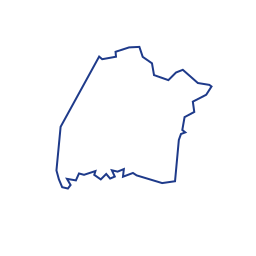 Bourbon, Kentucky, United States of America (Natural Earth projection), rotated 135°
{"feature_id": "52423323B16131494513881", "entity_name": "Bourbon", "entity_type": "district", "adm_level": 2, "iso_a3": "USA", "parent_name": "United States of America", "parent_adm1": "Kentucky", "projection": "natural_earth1", "projection_center": [-84.211, 38.219], "detail": "fine", "context": "isolated", "style": "outline", "palette": "blue", "viewbox_px": 256, "rotation_deg": 135, "n_neighbors": 0, "source": "geoboundaries", "source_scale": "gbopen_adm2", "svg_char_len": 706}
<svg xmlns="http://www.w3.org/2000/svg" viewBox="0 0 256 256"><g transform="rotate(135 128 128)"><path d="M54.8,133.3L65.6,133.3L72.2,147.0L65.3,156.8L67.3,167.9L62.6,177.3L70.2,184.2L82.9,190.7L86.1,186.9L97.6,194.9L97.9,198.9L174.8,176.5L208.6,148.6L213.1,140.7L216.4,132.7L213.3,127.7L208.9,128.3L207.1,135.2L201.9,127.8L194.8,130.5L192.2,126.0L181.5,120.6L185.0,118.7L183.6,110.9L175.9,110.9L176.4,104.9L171.7,103.0L169.3,109.5L166.2,104.5L160.0,101.9L166.0,97.1L156.3,92.7L155.4,88.4L142.8,64.9L132.4,57.1L100.5,83.6L94.8,86.3L90.6,84.4L91.0,88.2L80.3,95.7L69.8,92.5L63.5,100.8L49.2,96.2L39.6,98.3L40.0,101.0L46.8,110.4L48.1,130.4L54.8,133.3Z" fill="none" stroke="#1e3a8a" stroke-width="2"/></g></svg>